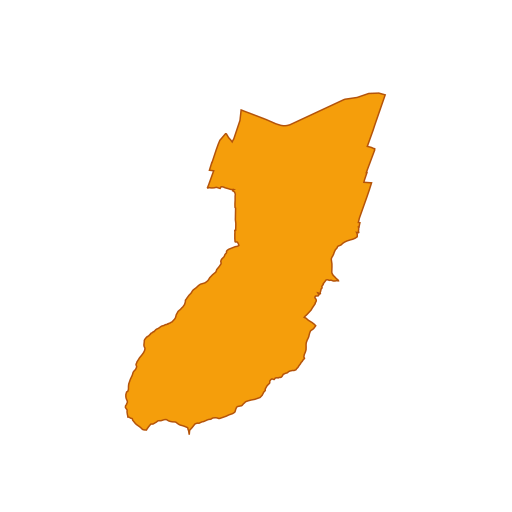 outline of Orbeni, Bacau, Romania, rotated 308°
{"feature_id": "2599482B35012513520864", "entity_name": "Orbeni", "entity_type": "district", "adm_level": 2, "iso_a3": "ROU", "parent_name": "Romania", "parent_adm1": "Bacau", "projection": "albers", "projection_center": [26.985, 46.28], "detail": "fine", "context": "isolated", "style": "filled", "palette": "amber", "viewbox_px": 512, "rotation_deg": 308, "n_neighbors": 0, "source": "geoboundaries", "source_scale": "gbopen_adm2", "svg_char_len": 6070}
<svg xmlns="http://www.w3.org/2000/svg" viewBox="0 0 512 512"><g transform="rotate(308 256 256)"><path d="M433.0,228.8L380.2,201.9L378.0,200.2L376.7,198.9L375.5,197.4L374.2,195.1L372.3,190.0L369.8,180.1L361.9,154.4L353.0,159.9L334.6,166.4L332.5,166.7L331.2,167.0L331.8,164.9L332.3,162.0L332.7,160.7L334.0,157.5L333.6,156.7L324.9,156.3L320.9,157.4L315.4,159.2L302.6,163.8L302.5,163.6L294.9,166.5L297.1,170.2L283.1,174.8L280.0,175.7L280.0,176.0L279.9,176.1L280.2,176.4L280.3,176.3L281.2,177.2L281.4,177.7L282.2,179.0L283.9,181.0L284.6,181.5L285.8,182.6L286.2,183.6L287.1,186.1L289.1,185.9L289.7,186.6L290.4,188.2L290.7,189.6L292.0,192.7L292.8,194.9L293.3,195.8L293.6,196.1L293.8,196.5L294.6,197.2L294.7,197.6L294.3,197.3L293.6,197.0L293.0,197.4L293.2,198.3L293.2,199.6L292.7,200.6L291.9,201.7L290.2,202.8L287.0,205.3L284.4,207.1L281.4,209.5L281.2,210.4L271.9,217.4L269.4,219.9L267.2,221.6L263.8,224.1L263.1,223.5L261.6,224.9L260.5,225.6L256.8,228.5L254.8,230.3L254.4,230.7L254.4,231.2L255.3,232.3L255.4,232.5L255.4,232.8L255.1,233.8L254.8,234.5L253.8,236.0L253.4,235.9L252.1,235.3L250.6,233.9L244.6,230.4L243.1,229.9L242.1,229.8L241.5,229.9L240.5,230.7L240.1,230.8L238.2,230.6L235.9,231.3L232.7,230.9L231.6,231.0L230.4,231.4L229.8,231.8L229.3,232.5L228.8,233.0L228.0,233.3L225.1,233.5L221.1,233.4L219.8,233.9L218.5,234.2L214.4,233.3L212.2,233.1L210.4,232.9L208.1,233.2L206.6,233.2L204.3,232.6L203.2,232.2L199.6,229.6L197.4,228.9L194.2,228.4L190.9,227.5L190.3,227.4L189.3,227.4L186.9,227.7L184.6,227.5L184.3,227.4L183.2,227.4L180.1,227.5L179.7,227.6L177.7,227.6L176.3,228.6L173.9,229.5L173.1,229.6L170.3,229.7L169.9,229.5L167.2,229.3L166.0,229.0L164.3,228.7L162.7,229.0L160.7,229.3L157.9,230.5L157.4,230.6L156.1,230.7L152.4,230.4L151.2,229.8L150.6,229.7L148.4,228.3L148.0,228.5L147.8,228.3L147.9,228.1L146.6,227.5L146.4,227.1L146.2,226.9L145.1,226.4L144.8,226.4L142.8,224.9L141.8,224.5L138.8,223.6L137.2,222.7L136.1,222.4L133.5,222.2L133.2,221.7L131.8,221.5L131.3,221.3L130.7,220.9L130.2,220.8L129.4,220.8L129.2,221.0L129.0,220.8L127.0,220.6L126.6,220.4L126.2,220.3L125.9,220.3L125.6,220.2L125.5,219.9L124.3,219.7L121.7,219.7L120.6,220.0L119.7,220.7L116.8,222.5L115.8,223.6L115.1,225.1L114.5,225.6L113.2,226.3L112.1,226.6L110.4,226.9L107.6,227.0L104.0,226.9L101.5,227.2L99.2,227.4L98.4,227.8L97.7,227.9L96.7,228.2L96.1,228.9L95.6,229.8L95.4,230.0L94.9,230.3L93.3,230.8L92.2,230.9L90.0,230.7L88.7,230.8L85.9,231.9L81.5,232.9L76.8,234.5L75.0,235.6L73.0,237.1L72.3,237.6L70.6,238.2L70.2,238.2L69.4,237.8L69.1,237.8L66.8,238.7L65.3,239.8L64.2,240.9L63.6,241.8L63.1,242.6L62.7,243.6L61.8,244.5L61.3,244.8L59.8,245.1L59.3,245.4L57.8,245.4L57.0,245.8L56.2,246.4L55.4,249.0L55.0,249.5L53.8,250.3L53.2,250.9L51.6,252.6L51.1,253.4L50.2,254.1L50.5,254.5L50.9,255.8L51.1,257.3L51.6,258.3L51.6,258.8L50.7,259.9L49.7,264.2L49.6,265.7L49.8,269.7L49.7,271.4L49.5,272.8L49.5,273.4L49.8,274.3L50.4,275.4L51.4,276.8L53.1,276.6L55.3,276.5L58.7,276.6L58.9,276.7L60.1,278.2L60.4,278.4L62.7,279.3L63.6,279.7L65.3,280.1L66.0,280.4L67.8,282.6L70.2,284.2L71.1,285.0L71.8,285.9L72.0,286.4L72.2,288.1L72.4,289.1L73.0,290.6L73.8,292.1L75.4,294.4L75.7,295.1L75.7,297.2L75.8,298.8L76.1,300.3L77.2,302.9L77.8,304.7L78.6,307.6L78.5,308.1L77.6,309.1L76.8,310.5L74.1,313.4L77.8,311.0L81.4,311.3L85.6,311.3L86.2,311.4L87.1,311.9L88.1,312.6L89.2,314.1L92.0,315.5L93.2,316.6L97.1,318.7L98.5,319.7L98.9,320.3L99.8,321.0L101.2,321.4L102.1,322.0L103.5,323.5L104.1,324.4L104.5,325.2L105.1,326.9L105.9,327.6L111.5,331.2L114.0,332.4L117.4,334.6L119.1,335.2L120.0,335.4L120.8,335.2L123.0,334.3L124.8,333.9L125.6,334.0L126.1,334.2L129.1,336.8L129.7,337.0L131.9,337.1L133.3,337.4L134.7,337.5L136.8,338.8L139.6,340.9L142.3,343.3L147.0,346.3L150.1,346.6L153.5,345.9L154.8,346.1L155.9,346.0L156.7,345.3L157.2,345.1L158.5,344.9L160.6,344.6L164.1,345.0L164.5,344.9L165.7,344.0L166.4,343.8L167.8,343.8L169.0,344.3L169.5,345.6L169.8,346.3L170.2,346.4L171.5,346.3L172.5,346.9L172.9,347.6L173.2,347.8L173.6,348.6L174.2,348.8L174.9,349.4L175.2,349.9L176.1,350.5L176.6,350.6L177.9,350.6L179.6,350.3L180.7,351.0L181.5,351.3L183.1,352.5L183.7,352.7L184.5,352.8L185.4,353.1L186.3,353.6L188.2,355.2L188.5,355.5L189.1,356.4L190.9,357.5L192.3,357.4L193.5,357.6L194.7,357.6L195.9,357.4L198.7,357.4L199.7,357.1L201.3,357.3L203.1,357.1L205.1,357.3L205.4,357.0L205.7,356.1L206.0,355.8L207.9,354.8L211.1,353.9L213.0,353.1L214.9,351.7L217.0,350.0L218.6,349.0L221.2,348.1L222.8,347.8L224.4,347.4L225.7,346.9L226.0,346.7L228.6,345.6L230.5,345.1L231.2,345.2L233.3,345.9L234.6,346.1L237.8,346.0L237.9,345.3L238.1,344.1L238.1,341.2L237.6,336.8L237.8,333.5L237.3,331.8L238.2,331.7L241.5,332.2L247.4,332.7L249.4,332.4L254.9,332.0L255.5,331.5L257.0,331.4L257.9,331.0L258.4,330.6L258.9,329.8L259.4,328.0L260.3,327.7L260.6,327.5L261.1,327.6L262.6,329.3L263.1,329.6L263.9,329.5L264.4,328.8L265.0,327.3L265.2,327.7L264.9,328.0L264.9,328.6L265.3,329.0L265.0,329.5L266.0,329.9L266.8,329.0L268.1,328.6L269.3,328.0L270.0,327.6L270.8,327.8L271.7,327.6L272.5,326.6L275.0,326.5L275.2,326.1L280.3,326.0L281.1,326.7L281.5,327.4L281.8,328.3L282.1,329.0L282.7,329.5L283.2,330.1L283.9,332.3L284.4,333.0L285.4,334.1L286.3,334.8L287.0,336.1L287.2,336.3L287.5,335.9L287.6,335.1L287.7,332.8L288.0,331.2L288.3,328.6L288.6,328.0L288.9,327.1L289.4,326.2L290.0,325.6L294.1,322.6L296.5,320.7L299.6,317.5L300.3,317.0L301.7,316.6L302.9,316.5L305.3,316.0L306.9,315.4L309.8,314.7L311.6,314.9L312.8,314.8L313.4,314.5L314.1,314.6L314.8,314.8L315.7,315.5L317.4,316.3L319.2,316.5L321.4,317.2L323.8,318.4L326.8,320.4L328.9,322.0L331.1,323.2L333.5,323.9L335.3,322.6L336.1,321.5L336.5,320.7L337.2,322.1L337.5,322.5L337.8,322.5L338.1,322.3L338.0,321.8L340.4,320.4L341.1,319.8L341.1,319.7L342.0,318.8L342.3,319.4L343.1,318.9L346.2,317.4L345.4,316.0L349.6,314.1L371.2,306.9L378.1,304.5L384.8,302.0L380.5,295.6L382.6,294.7L390.0,292.1L389.6,291.6L392.0,290.8L412.8,284.2L413.0,283.6L413.6,283.4L413.1,282.3L412.6,280.1L410.9,276.2L427.3,270.8L432.5,268.9L462.5,258.6L460.0,252.5L453.5,244.8L443.2,238.1L434.3,229.6L433.0,228.8Z" fill="#f59e0b" stroke="#b45309" stroke-width="1.5"/></g></svg>